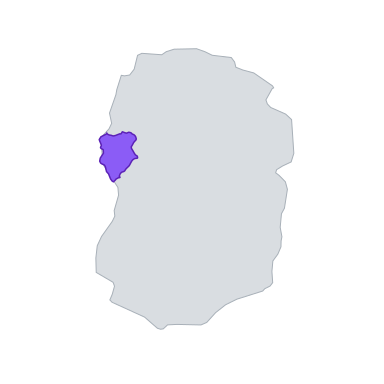 Novaci on a map of North Macedonia (Equal Earth projection), rotated 111°
{"feature_id": "MKD-2947", "entity_name": "Novaci", "entity_type": "Statistical Region", "adm_level": 1, "iso_a3": "MKD", "parent_name": "North Macedonia", "parent_adm1": "", "projection": "equal_earth", "projection_center": [21.636, 41.014], "detail": "fine", "context": "in_parent", "style": "filled", "palette": "violet", "viewbox_px": 384, "rotation_deg": 111, "n_neighbors": 0, "source": "natural_earth", "source_scale": "10m", "svg_char_len": 2285}
<svg xmlns="http://www.w3.org/2000/svg" viewBox="0 0 384 384"><g transform="rotate(111 192 192)"><path d="M174.1,99.9L180.2,100.7L193.4,97.0L201.6,92.0L205.7,91.3L211.3,89.3L219.3,89.6L227.4,91.8L237.6,88.9L247.7,84.2L251.8,85.4L256.2,89.4L259.1,90.5L275.9,111.6L285.2,120.2L296.1,126.7L308.5,131.5L312.9,136.0L321.0,158.6L324.8,167.2L330.1,169.8L331.4,172.2L331.6,175.5L325.8,191.4L323.6,227.1L322.2,230.0L316.0,229.8L307.7,230.6L304.6,233.3L301.4,252.6L288.1,258.1L276.1,261.2L265.9,260.5L248.0,255.9L242.2,255.4L237.2,258.0L221.3,259.4L214.3,262.8L197.9,285.3L181.2,293.1L175.5,297.1L162.8,292.1L156.7,291.6L147.9,297.3L128.5,297.9L123.3,298.9L108.4,299.8L107.8,296.7L105.1,292.1L98.1,290.0L83.9,291.8L80.5,288.5L74.7,269.4L70.2,266.3L65.1,259.9L56.6,239.1L56.4,230.0L57.1,222.1L52.4,203.5L55.4,198.8L59.8,195.8L59.9,188.3L58.7,177.0L64.1,154.8L65.5,153.1L66.9,154.2L79.5,156.0L82.8,153.2L84.9,148.8L85.7,132.5L88.7,125.0L119.4,110.8L128.4,110.2L135.3,116.8L140.8,121.0L144.1,120.8L145.3,116.6L149.0,108.5L155.3,103.9L174.0,99.9L174.1,99.9Z" fill="#d9dde1" stroke="#a8b0b8" stroke-width="1"/><path d="M195.4,289.4L193.2,289.8L187.5,288.6L184.4,290.0L184.2,290.5L184.0,292.4L183.5,293.2L183.0,293.4L181.4,293.3L180.8,293.4L179.7,294.3L177.1,296.8L176.2,297.4L173.1,296.8L168.3,292.5L167.8,292.5L167.9,292.4L168.4,290.9L168.4,289.5L168.0,287.7L168.0,286.4L167.7,285.2L166.5,283.5L165.0,281.9L163.6,280.3L163.2,279.2L162.1,278.9L160.8,278.6L160.7,277.5L160.7,275.5L160.5,274.2L159.7,273.3L159.1,272.8L158.8,272.2L158.6,270.7L158.7,269.7L159.1,269.1L159.3,268.2L159.3,266.8L159.6,266.1L159.8,265.5L160.8,264.2L162.5,263.0L163.6,263.0L165.3,263.7L166.8,264.2L169.4,264.5L171.7,264.9L173.0,264.1L174.7,261.9L176.3,260.0L177.6,258.2L178.1,256.0L179.1,255.2L179.9,255.1L180.3,255.6L180.8,256.6L181.4,257.6L183.1,258.8L184.5,259.3L186.5,259.6L189.0,259.9L190.1,260.1L192.5,261.2L193.7,261.8L195.2,262.2L196.4,262.4L197.3,263.0L198.5,264.5L199.4,265.1L200.9,265.6L202.4,265.6L203.4,265.5L203.9,264.6L204.2,264.5L204.5,264.7L204.9,265.6L205.9,266.5L207.1,267.5L208.2,267.8L210.6,268.9L210.6,269.4L210.4,270.5L209.0,272.7L205.0,276.4L203.6,279.1L199.4,282.0L198.3,283.4L198.1,284.6L198.1,286.1L197.7,287.7L196.3,289.2L195.4,289.4Z" fill="#8b5cf6" stroke="#5b21b6" stroke-width="1.5"/></g></svg>